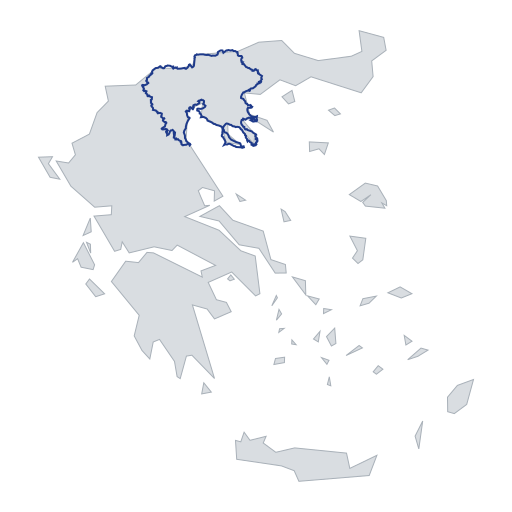 Kentrikis Makedonias, Kentriki Makedonia, Greece (highlighted)
{"feature_id": "26713481B13719921321351", "entity_name": "Kentrikis Makedonias", "entity_type": "district", "adm_level": 2, "iso_a3": "GRC", "parent_name": "Greece", "parent_adm1": "Kentriki Makedonia", "projection": "equal_earth", "projection_center": [23.125, 40.657], "detail": "fine", "context": "in_parent", "style": "outline", "palette": "blue", "viewbox_px": 512, "rotation_deg": 0, "n_neighbors": 0, "source": "geoboundaries", "source_scale": "gbopen_adm2", "svg_char_len": 9582}
<svg xmlns="http://www.w3.org/2000/svg" viewBox="0 0 512 512"><path d="M359.1,30.7L383.7,37.4L386.1,50.3L371.7,60.9L373.1,76.6L361.2,92.8L311.0,76.8L295.6,85.7L279.9,79.8L260.3,94.4L244.4,92.9L249.7,114.4L267.0,120.3L273.5,132.1L252.0,118.3L242.8,120.2L254.8,134.3L253.8,144.1L239.6,127.2L227.7,124.5L228.1,134.3L240.1,144.5L226.2,142.5L222.0,127.6L201.3,115.6L202.6,103.1L188.0,109.4L186.1,139.4L222.9,196.2L214.2,201.1L214.5,190.8L202.5,187.5L198.3,190.7L200.7,196.6L204.7,205.8L209.8,205.3L184.7,216.6L219.1,230.3L240.9,250.8L255.2,256.0L259.9,293.7L255.6,295.9L231.7,272.0L208.2,282.4L216.4,299.7L226.4,302.4L231.2,311.7L214.5,318.9L207.1,309.0L192.4,304.9L214.5,378.5L191.9,355.2L186.4,356.1L180.2,378.6L177.1,376.6L174.5,361.4L159.5,339.4L153.2,342.0L149.8,359.0L142.0,350.5L134.2,335.9L139.2,315.3L111.4,281.5L125.7,261.2L138.5,262.6L147.0,252.4L153.5,252.9L202.3,277.1L201.0,270.9L215.6,265.4L177.2,245.1L172.0,250.5L154.1,246.8L129.2,252.9L122.2,241.8L120.7,249.4L114.6,251.3L94.0,216.1L111.3,214.7L111.8,205.8L94.7,207.2L70.9,186.2L56.2,161.0L68.6,163.0L75.4,154.8L72.0,143.2L89.4,134.1L97.1,112.6L108.4,101.1L105.2,86.2L135.7,85.0L156.5,67.9L181.3,68.7L192.8,64.8L195.8,54.8L238.0,51.3L258.8,42.2L281.7,40.5L294.4,53.3L318.2,60.6L351.4,56.2L361.9,51.4L359.1,30.7ZM250.0,440.3L266.1,436.3L263.2,443.0L275.8,452.3L294.7,447.9L346.5,453.1L349.8,468.4L376.9,455.3L369.2,475.5L298.9,481.3L294.2,470.7L281.5,465.9L236.7,459.3L235.5,440.4L240.8,441.8L244.1,432.2L250.0,440.3ZM219.4,205.7L232.8,220.2L263.2,231.1L270.9,259.6L285.4,264.5L286.2,273.0L275.2,273.1L258.9,248.3L239.2,244.8L219.1,221.0L199.9,216.4L219.4,205.7ZM377.6,186.0L386.3,200.6L386.7,205.7L381.8,202.9L384.9,208.2L365.4,206.1L362.7,202.4L370.9,194.7L360.9,201.5L349.3,194.6L365.3,183.1L377.6,186.0ZM454.3,413.6L447.7,411.7L447.5,397.2L457.4,385.4L473.5,379.5L466.7,404.4L454.3,413.6ZM362.8,259.8L358.0,263.5L352.5,258.1L357.4,250.7L349.9,236.1L365.8,238.3L362.8,259.8ZM83.4,242.7L94.6,264.8L93.1,269.6L81.1,267.2L77.6,258.7L72.5,262.3L83.4,242.7ZM59.8,179.2L50.1,177.3L38.5,157.2L52.5,156.7L48.4,163.7L59.8,179.2ZM328.3,142.9L324.4,154.5L319.0,148.8L309.6,151.5L309.3,141.9L328.3,142.9ZM400.1,286.9L411.9,293.7L401.3,298.0L387.9,292.8L400.1,286.9ZM294.8,101.5L288.5,103.9L282.0,96.8L292.0,90.4L294.8,101.5ZM89.5,279.0L104.6,293.8L95.7,296.7L85.8,284.0L89.5,279.0ZM335.9,343.5L331.4,346.0L326.5,336.6L334.7,328.1L335.9,343.5ZM305.4,280.7L305.8,294.9L292.4,276.9L305.4,280.7ZM422.7,421.0L418.8,448.9L415.1,436.1L422.7,421.0ZM91.2,231.8L83.1,235.5L90.3,218.1L91.2,231.8ZM211.3,392.1L201.7,393.9L203.8,382.8L211.3,392.1ZM407.7,359.7L421.0,348.1L428.0,350.1L417.9,356.3L407.7,359.7ZM360.1,305.8L362.9,298.7L376.3,296.1L369.0,303.2L360.1,305.8ZM320.0,331.3L318.3,341.9L313.5,339.0L320.0,331.3ZM319.2,299.0L315.8,304.7L307.6,295.9L319.2,299.0ZM290.7,220.4L284.0,221.8L281.1,209.1L285.1,211.6L290.7,220.4ZM340.4,113.9L334.8,115.6L328.5,110.2L334.5,108.0L340.4,113.9ZM284.6,357.2L284.4,362.6L273.9,364.5L275.5,358.5L284.6,357.2ZM362.4,347.9L346.1,355.5L359.1,345.5L362.4,347.9ZM277.4,297.8L271.8,305.8L276.3,295.5L277.4,297.8ZM331.4,309.7L323.5,313.6L323.7,308.5L331.4,309.7ZM382.9,369.2L376.4,374.2L373.2,371.8L378.2,365.7L382.9,369.2ZM412.0,341.2L405.9,345.0L404.2,335.4L412.0,341.2ZM281.6,313.9L276.4,320.2L279.0,309.4L281.6,313.9ZM90.4,244.2L90.7,253.1L86.5,242.3L90.4,244.2ZM329.0,360.3L326.9,364.3L321.5,357.6L329.0,360.3ZM245.6,200.2L239.9,201.5L236.2,194.0L245.6,200.2ZM234.3,279.2L230.0,280.8L227.6,278.9L230.8,274.9L234.3,279.2ZM284.1,328.4L278.8,332.4L279.6,328.7L284.1,328.4ZM329.3,376.8L330.8,385.8L327.4,384.5L329.3,376.8ZM296.1,344.7L291.7,344.0L291.9,339.9L296.1,344.7Z" fill="#d9dde1" stroke="#a8b0b8" stroke-width="1"/><path d="M237.4,52.0L236.3,51.8L235.1,51.0L233.6,51.1L232.5,50.1L230.5,50.5L228.2,50.0L227.3,50.5L226.4,50.4L223.4,52.8L222.5,50.5L221.6,50.4L220.4,50.5L218.0,52.0L217.7,52.8L217.9,53.5L217.5,54.6L215.4,55.7L212.6,55.6L211.7,55.9L207.9,54.7L207.2,55.0L205.1,54.8L203.1,54.3L200.1,54.3L197.9,54.7L196.8,54.3L196.1,55.0L195.0,55.3L194.4,56.5L194.5,57.1L194.9,57.4L194.4,58.6L194.6,59.0L193.9,65.8L193.3,66.7L192.1,67.4L189.8,64.4L188.9,64.9L188.7,66.0L187.5,67.7L186.1,68.8L185.3,68.7L184.7,67.9L180.8,68.6L177.5,68.7L176.8,68.1L176.8,67.5L175.9,67.8L175.4,67.5L174.9,67.8L174.2,67.6L173.3,68.6L173.1,68.5L173.1,67.6L172.8,67.1L172.9,66.6L171.9,66.8L170.2,65.8L167.5,65.5L167.0,65.9L165.4,66.2L164.1,68.2L163.1,68.3L162.4,67.7L161.2,67.4L160.7,66.4L160.2,66.2L158.0,67.8L155.6,68.1L152.6,70.4L152.0,71.9L152.4,73.2L152.2,73.5L151.8,73.9L151.1,73.8L151.0,74.6L149.4,75.7L149.2,76.6L146.9,78.0L147.0,80.0L146.3,80.5L146.2,80.9L146.7,81.4L147.2,82.4L148.2,82.6L148.3,83.1L147.2,83.8L146.9,84.3L144.0,85.5L143.5,85.9L143.3,85.7L143.4,85.0L142.7,84.9L142.1,85.3L142.5,86.4L143.9,88.4L143.6,89.1L143.9,89.8L143.4,90.4L144.2,91.2L145.4,90.8L146.5,91.3L145.8,93.2L147.3,94.4L147.4,95.8L147.7,96.2L148.5,96.2L148.7,95.6L149.1,95.5L150.2,96.7L152.0,97.2L151.8,99.3L150.9,99.8L151.1,100.6L150.8,101.0L151.1,101.8L150.9,102.8L152.3,104.1L152.4,104.6L151.3,105.4L151.5,106.3L152.9,107.8L153.2,109.3L153.0,109.9L155.9,110.5L156.5,111.4L157.3,111.6L158.0,112.5L157.5,112.8L157.8,113.3L160.2,112.9L161.8,113.6L161.7,115.1L161.2,116.0L161.2,116.9L162.1,117.4L162.9,118.4L164.1,118.2L164.3,118.6L163.1,119.5L162.9,120.6L164.6,122.1L165.7,122.0L166.3,122.6L166.3,123.1L165.6,123.8L164.9,126.5L162.3,128.0L161.7,128.8L162.3,129.4L163.9,129.4L165.7,128.9L167.0,129.4L167.6,130.3L166.5,130.7L166.0,131.8L166.2,132.2L167.0,132.1L166.8,133.5L167.3,134.5L167.2,135.2L168.6,134.5L169.6,132.7L169.9,131.4L170.9,130.4L171.5,130.5L172.6,129.9L174.1,131.6L173.7,132.6L173.8,133.4L174.3,132.7L175.0,132.7L174.7,135.5L174.3,136.4L173.9,136.5L173.8,137.4L174.5,137.5L174.6,138.3L175.2,138.6L175.4,139.3L176.4,138.6L176.9,139.5L178.0,139.2L178.5,139.9L179.5,140.6L180.9,141.0L181.2,141.4L180.8,142.1L181.4,142.5L181.3,143.9L181.8,144.6L182.1,144.5L183.0,145.3L183.6,145.0L186.5,144.7L187.7,143.7L189.1,144.2L189.6,145.4L190.4,144.6L190.0,143.8L188.2,142.8L186.2,141.0L185.8,139.4L185.0,138.1L184.9,135.4L183.8,132.5L184.3,130.6L185.9,128.2L185.8,127.0L186.5,123.9L187.8,121.0L189.6,118.1L189.5,117.7L187.8,117.0L187.1,115.2L186.8,112.9L185.8,111.5L186.5,110.7L189.2,111.2L189.2,110.4L189.8,109.7L189.1,108.2L189.6,107.4L190.6,107.2L192.5,109.0L192.9,108.5L192.6,107.8L193.2,108.6L193.4,108.2L193.3,107.5L194.1,108.1L193.3,106.8L193.7,106.5L193.6,105.2L195.2,104.5L196.3,104.9L198.4,103.7L199.3,103.1L199.4,101.8L198.2,101.2L198.7,100.7L199.5,100.8L200.3,100.1L201.5,99.7L201.7,100.1L203.1,100.2L204.0,101.0L203.9,103.0L203.2,103.9L205.5,105.8L205.0,106.9L202.8,108.4L200.8,108.9L197.9,108.6L197.3,108.9L197.2,110.5L199.2,111.3L199.8,112.6L199.7,113.5L200.6,113.9L201.6,115.8L201.0,117.2L203.7,116.9L204.3,117.4L205.7,117.8L207.1,119.2L207.5,120.6L211.6,122.3L213.7,123.9L215.1,124.1L216.4,125.0L218.9,125.5L221.3,126.5L222.2,127.4L222.5,128.9L223.1,128.9L223.0,127.9L223.8,126.2L225.8,123.9L226.5,123.5L227.9,123.7L230.1,124.8L231.2,124.9L232.6,126.2L234.6,126.5L235.6,127.1L237.1,126.8L239.0,127.1L240.2,128.1L240.8,129.3L241.4,129.4L242.1,130.2L243.2,132.4L245.1,134.2L245.1,135.4L246.0,135.9L245.8,137.6L247.1,139.0L247.0,140.0L247.6,141.5L247.9,141.2L247.8,140.3L248.3,140.3L249.4,141.0L250.0,142.1L251.6,142.9L251.5,144.4L252.4,144.3L252.3,143.7L252.6,144.1L252.7,144.5L252.3,145.2L253.2,145.8L253.8,145.9L254.5,145.3L255.6,145.3L256.1,144.7L254.8,144.2L256.2,143.8L256.2,143.4L255.8,143.0L255.9,142.6L256.5,141.8L256.8,142.0L257.3,141.5L257.5,140.8L257.3,139.4L256.0,139.5L255.7,139.1L255.8,138.7L256.8,138.0L255.4,136.4L255.5,135.2L256.2,134.8L256.0,134.4L253.1,132.7L252.0,131.5L247.6,130.0L246.8,129.1L246.0,129.5L245.2,129.3L244.4,128.0L244.3,126.9L243.3,126.8L242.4,125.3L241.8,124.8L241.1,123.1L241.1,121.9L241.7,120.0L242.8,119.9L242.7,119.3L243.1,118.6L245.6,119.7L246.8,118.5L249.0,117.6L250.9,118.2L251.6,117.8L253.0,118.2L254.4,119.0L255.3,120.5L256.6,121.2L257.1,120.0L256.6,118.4L256.9,116.3L255.2,117.0L252.9,116.8L250.8,115.9L249.2,114.2L247.7,111.7L247.3,109.9L247.5,108.5L248.0,107.8L250.9,107.8L251.7,107.5L252.2,106.8L251.0,106.1L251.0,105.5L250.5,105.1L250.1,105.5L248.9,105.1L248.0,105.3L247.2,103.8L246.5,103.8L245.5,103.0L245.2,101.3L243.9,99.9L243.4,98.9L241.1,98.1L241.0,97.0L241.9,94.6L243.4,92.3L244.4,92.3L245.5,91.4L248.0,90.5L249.6,90.9L249.9,90.5L249.3,89.6L250.5,89.0L250.9,88.5L252.9,88.3L255.7,86.2L255.9,85.3L257.6,84.1L257.5,83.5L259.5,83.2L259.0,81.8L260.0,81.5L261.0,82.0L261.2,81.6L260.7,80.6L261.9,79.2L261.2,78.0L262.0,76.0L259.2,74.2L259.0,73.7L258.7,73.7L258.6,73.2L258.0,73.2L257.8,71.9L258.0,71.5L257.8,70.6L257.5,70.8L256.6,70.0L256.2,70.0L255.7,69.1L254.7,69.5L253.8,70.8L252.4,70.8L252.3,70.1L251.7,69.5L250.8,69.4L249.2,68.0L248.3,68.1L246.9,67.2L246.2,67.1L243.7,63.9L243.0,64.2L242.3,64.0L242.3,63.0L242.7,62.3L241.9,62.3L241.4,61.8L241.7,61.0L241.1,60.1L241.5,58.3L242.3,57.7L242.0,56.7L241.5,56.0L238.9,56.0L237.9,55.4L237.8,54.0L237.4,53.4L237.6,52.7L237.4,52.0ZM225.2,132.6L224.2,131.7L223.8,129.9L223.1,128.9L222.5,129.0L222.7,130.1L222.3,132.5L222.5,133.5L221.8,135.2L221.9,136.3L223.3,137.3L223.6,138.3L224.4,139.4L225.5,141.9L225.2,143.0L224.2,144.9L225.4,144.3L227.1,144.5L228.6,143.8L229.7,143.8L234.1,146.1L235.4,146.3L236.1,147.0L240.7,147.3L242.2,147.8L243.9,147.3L243.6,146.3L242.0,146.6L241.1,146.2L240.3,143.5L239.8,143.1L236.2,142.1L231.1,139.6L229.1,137.3L228.3,135.1L227.3,133.6L226.3,132.7L225.2,132.6ZM252.6,121.0L252.6,120.1L252.2,119.4L250.6,120.2L253.1,121.6L253.8,121.5L252.6,121.0Z" fill="none" stroke="#1e3a8a" stroke-width="2"/></svg>